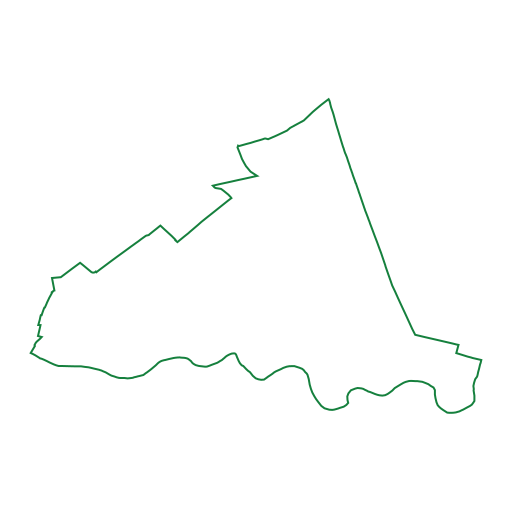 the district of Odoreu, Satu Mare, Romania
{"feature_id": "2599482B64925111842123", "entity_name": "Odoreu", "entity_type": "district", "adm_level": 2, "iso_a3": "ROU", "parent_name": "Romania", "parent_adm1": "Satu Mare", "projection": "robinson", "projection_center": [22.987, 47.81], "detail": "fine", "context": "isolated", "style": "outline", "palette": "green", "viewbox_px": 512, "rotation_deg": 0, "n_neighbors": 0, "source": "geoboundaries", "source_scale": "gbopen_adm2", "svg_char_len": 5752}
<svg xmlns="http://www.w3.org/2000/svg" viewBox="0 0 512 512"><path d="M477.1,376.6L477.6,374.8L478.2,371.9L479.0,369.0L480.1,364.3L480.6,363.0L481.3,360.0L472.6,358.0L471.1,357.5L467.6,356.6L462.2,354.9L456.3,353.1L458.5,344.9L456.5,344.5L452.1,343.4L438.8,340.3L425.7,337.3L415.2,334.8L412.2,328.9L408.5,320.8L405.8,314.9L403.1,309.1L400.4,303.3L397.7,297.4L395.1,291.6L392.2,285.5L390.3,280.0L388.2,274.1L385.5,266.3L385.3,265.4L383.2,259.2L381.1,253.0L379.0,247.4L377.0,241.9L374.8,236.2L372.5,230.0L370.0,223.4L369.5,221.8L368.6,219.6L368.0,217.8L367.3,216.0L366.2,213.1L365.2,210.6L364.7,209.0L364.1,207.4L363.6,205.8L363.0,204.1L362.4,202.3L361.8,200.6L360.8,197.6L360.2,195.9L359.7,194.3L359.0,192.5L358.1,189.6L357.4,187.7L356.9,186.2L356.3,184.5L356.0,183.4L355.7,183.2L355.2,181.8L355.1,181.3L354.6,180.0L354.0,178.3L353.4,176.7L352.8,175.0L352.3,173.3L351.8,172.0L351.2,170.2L350.9,169.4L350.6,168.7L350.2,167.5L350.0,166.7L349.3,164.5L348.0,160.8L347.0,157.6L345.7,154.3L345.2,153.3L344.5,151.3L344.1,150.0L343.5,148.0L343.2,147.4L342.1,143.9L341.0,140.3L340.0,136.9L339.1,134.0L338.2,130.9L337.1,127.4L336.0,123.8L335.2,120.8L334.4,117.8L333.5,114.5L332.7,111.9L331.2,107.7L330.2,103.9L330.1,103.1L330.0,102.6L329.6,101.5L329.3,100.4L328.9,99.8L328.6,99.2L326.7,100.6L321.1,104.9L315.6,109.5L312.8,111.9L310.6,114.0L303.8,120.5L290.3,127.8L287.0,130.6L283.4,132.3L277.7,135.0L274.4,136.5L272.7,137.2L270.9,138.0L268.1,139.2L265.4,138.5L264.9,138.5L263.3,139.0L262.9,139.2L259.6,140.2L255.0,141.5L250.6,142.9L247.1,143.8L240.3,145.7L238.7,146.1L238.1,145.7L237.7,146.9L237.5,147.4L240.4,154.7L242.0,159.0L244.1,162.9L246.0,166.2L247.2,167.6L249.4,170.3L250.6,171.7L253.7,173.7L257.1,175.9L244.5,178.7L237.5,180.2L230.4,181.8L219.3,184.2L212.9,185.7L213.2,186.0L214.0,186.9L214.6,187.5L215.3,187.9L216.0,188.1L220.4,188.8L221.2,189.0L221.6,189.3L223.5,190.7L228.3,194.6L229.8,196.2L230.4,196.8L231.4,198.1L228.1,200.6L221.7,205.7L217.7,208.9L214.2,211.7L207.5,217.0L201.5,221.8L197.9,225.0L193.8,228.5L189.7,232.0L188.4,233.2L184.0,236.7L177.4,242.1L175.7,240.6L175.9,240.5L175.7,240.2L175.2,239.5L171.6,235.9L169.4,233.9L163.8,228.8L160.4,225.6L159.6,226.2L156.4,228.8L154.0,230.7L149.5,234.3L148.8,235.0L147.8,235.3L146.6,235.5L145.7,235.9L141.1,239.2L138.5,241.2L135.8,243.1L130.4,247.0L125.1,250.9L121.1,253.8L117.1,256.7L110.6,261.5L104.2,266.3L100.3,269.2L96.4,272.2L96.2,271.9L96.1,271.7L95.8,271.5L95.7,271.6L94.8,272.3L94.2,272.5L93.5,272.6L92.8,272.6L92.1,272.4L91.4,272.1L85.4,267.1L83.1,265.2L80.1,262.8L71.8,268.9L67.7,272.0L65.7,273.5L60.8,277.2L52.0,278.0L54.4,290.5L53.6,290.7L53.4,290.8L53.3,291.0L53.2,291.2L53.1,291.3L53.0,291.5L52.7,291.7L52.4,291.8L52.0,292.1L51.9,292.1L51.7,292.3L51.7,292.5L52.0,292.8L51.1,294.5L49.1,298.1L49.0,298.4L48.3,299.9L47.0,302.6L46.5,303.9L45.3,306.6L44.9,307.5L44.4,307.6L44.0,308.4L42.9,311.4L41.6,315.2L40.8,315.2L40.4,316.7L39.7,320.0L38.3,325.0L38.6,325.0L40.5,325.1L39.6,329.2L38.2,335.2L38.0,336.0L41.7,337.0L40.1,338.7L36.7,341.7L35.7,342.9L34.5,345.1L34.9,346.0L33.1,349.0L30.7,353.0L31.5,353.4L32.7,353.9L33.8,354.5L35.3,355.3L39.3,357.8L40.1,358.4L41.5,358.7L43.7,359.6L46.9,361.1L49.4,362.4L53.8,364.4L56.2,365.3L57.2,365.6L58.6,366.0L62.0,366.0L69.1,366.2L73.8,366.3L80.8,366.3L84.9,366.9L88.5,367.3L90.8,367.8L93.6,368.5L99.2,369.8L100.0,370.1L101.4,370.5L103.3,371.4L105.6,372.3L109.5,374.6L111.4,375.6L114.4,376.5L116.6,377.3L119.0,377.9L120.7,378.0L124.5,378.0L127.6,378.4L130.4,378.1L132.1,377.9L133.1,377.7L134.0,377.3L134.9,377.1L136.7,376.7L137.6,376.4L139.0,376.1L141.8,375.4L143.4,375.0L145.7,373.2L146.8,372.5L150.4,369.8L151.4,369.0L155.8,365.3L157.8,363.3L158.9,362.4L160.5,361.4L161.9,360.8L164.0,360.2L165.2,360.0L169.1,359.0L171.4,358.5L173.6,358.0L175.6,357.7L177.6,357.5L179.7,357.4L180.8,357.6L182.2,357.7L184.2,357.8L185.9,358.1L187.6,358.6L189.1,359.6L191.2,361.3L191.9,362.4L192.9,363.4L193.9,364.1L195.7,365.1L198.6,365.9L200.0,366.1L201.8,366.3L203.5,366.5L205.3,366.7L206.9,366.6L208.7,366.0L209.8,365.6L211.5,364.9L213.4,364.2L215.3,363.5L217.0,362.9L218.3,362.2L220.3,360.9L221.3,360.4L222.2,359.8L223.3,358.8L224.2,358.1L225.7,356.7L226.8,355.9L228.2,355.1L229.4,354.5L230.6,354.0L231.7,353.6L232.6,353.5L233.5,353.4L234.5,353.4L235.3,353.7L236.0,354.5L236.5,355.7L237.0,357.1L237.8,358.9L238.6,360.8L239.9,363.2L241.7,365.3L243.3,366.0L244.9,367.7L246.0,368.9L248.0,370.8L250.0,372.2L252.8,375.8L255.7,378.3L258.4,379.3L261.2,379.8L264.0,379.6L266.3,378.0L268.3,376.5L270.2,375.3L272.4,373.8L274.1,372.4L275.8,371.4L280.8,369.2L283.3,367.9L286.7,366.7L289.4,366.2L294.3,366.1L296.8,366.9L299.3,367.7L302.1,368.8L303.7,370.1L305.2,372.1L306.7,373.5L307.5,374.8L308.7,378.9L309.7,384.6L310.9,388.8L312.3,392.5L314.3,396.2L316.1,399.1L318.1,401.8L321.3,405.9L324.5,408.3L329.3,409.7L332.3,409.9L334.3,409.6L335.8,409.2L338.2,408.5L339.8,407.9L343.7,406.7L346.3,405.0L348.2,402.9L347.5,400.0L347.3,396.4L348.4,393.4L350.9,390.3L355.2,388.6L357.6,388.0L359.6,388.2L361.4,388.4L363.3,388.9L364.9,389.8L366.9,390.7L368.2,391.5L370.1,392.0L372.1,392.8L375.0,394.0L377.4,394.8L379.5,395.3L382.3,395.6L385.1,395.2L387.6,394.0L389.5,392.7L392.3,390.6L394.7,388.1L398.1,386.0L400.9,384.3L403.5,382.8L405.7,381.9L409.1,381.0L411.3,380.9L414.8,381.1L417.1,381.1L418.5,381.3L422.3,381.8L425.2,382.9L428.4,384.2L430.7,385.9L433.5,387.5L434.9,390.1L434.9,394.5L435.5,398.2L436.5,402.3L437.7,405.2L439.2,406.9L440.9,408.4L443.3,410.1L447.2,412.6L449.3,412.8L451.9,412.8L453.6,412.7L455.9,412.4L457.2,412.0L459.4,411.4L461.6,410.3L463.2,409.6L465.2,408.5L467.2,407.4L469.9,406.0L471.8,404.7L473.2,402.8L474.4,401.0L474.4,398.6L474.4,395.6L473.6,390.5L473.8,389.1L473.4,386.0L474.1,382.7L475.2,379.2L477.1,376.6Z" fill="none" stroke="#15803d" stroke-width="2"/></svg>